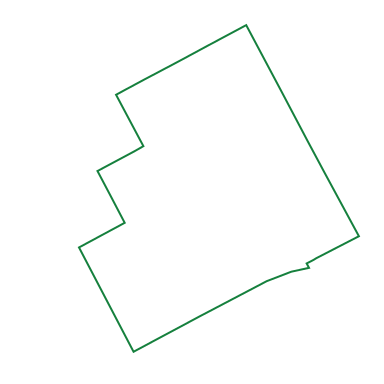 Winston, Mississippi, United States of America (Equal Earth projection), rotated 332°
{"feature_id": "52423323B31713445578936", "entity_name": "Winston", "entity_type": "district", "adm_level": 2, "iso_a3": "USA", "parent_name": "United States of America", "parent_adm1": "Mississippi", "projection": "equal_earth", "projection_center": [-89.02, 33.103], "detail": "fine", "context": "isolated", "style": "outline", "palette": "green", "viewbox_px": 384, "rotation_deg": 332, "n_neighbors": 0, "source": "geoboundaries", "source_scale": "gbopen_adm2", "svg_char_len": 503}
<svg xmlns="http://www.w3.org/2000/svg" viewBox="0 0 384 384"><g transform="rotate(332 192 192)"><path d="M180.9,70.4L170.6,70.5L170.6,128.7L160.6,129.0L118.4,129.1L118.3,158.4L118.1,187.6L66.2,187.9L66.0,216.7L65.4,305.6L140.8,305.4L216.1,305.8L242.3,309.0L259.7,313.9L259.7,308.9L264.6,309.0L267.8,309.0L270.7,308.8L318.6,309.4L318.6,308.4L318.1,237.0L318.0,201.0L318.2,145.0L318.2,70.1L274.7,70.2L274.1,70.2L241.9,70.4L203.2,70.3L180.9,70.4Z" fill="none" stroke="#15803d" stroke-width="2"/></g></svg>